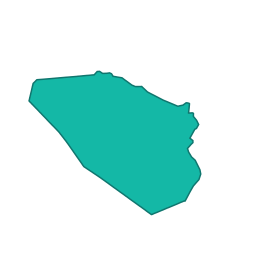 Shamal Jabal Marrah, North Darfur, Sudan, rotated 234°
{"feature_id": "16777658B34833163736503", "entity_name": "Shamal Jabal Marrah", "entity_type": "district", "adm_level": 2, "iso_a3": "SDN", "parent_name": "Sudan", "parent_adm1": "North Darfur", "projection": "albers", "projection_center": [24.528, 13.273], "detail": "fine", "context": "isolated", "style": "filled", "palette": "teal", "viewbox_px": 256, "rotation_deg": 234, "n_neighbors": 0, "source": "geoboundaries", "source_scale": "gbopen_adm2", "svg_char_len": 4082}
<svg xmlns="http://www.w3.org/2000/svg" viewBox="0 0 256 256"><g transform="rotate(234 128 128)"><path d="M35.4,131.2L35.4,131.4L39.9,140.6L42.7,146.8L44.6,155.1L48.0,159.8L51.9,161.6L62.4,163.4L67.2,162.4L72.9,162.9L76.5,164.1L77.7,169.6L78.0,171.9L79.7,173.1L83.4,172.1L87.7,181.3L87.4,183.1L89.3,187.2L93.9,188.0L98.9,187.7L101.3,189.5L101.6,189.5L102.6,188.8L103.0,188.0L103.3,187.6L103.6,187.1L103.9,186.7L104.0,186.6L104.1,186.4L104.3,186.1L104.4,185.9L104.6,185.8L104.8,186.0L105.0,186.2L105.2,186.4L105.5,186.7L105.6,186.8L106.1,187.2L106.4,187.5L106.9,187.9L107.0,188.0L107.3,188.3L107.5,188.5L108.2,189.1L108.4,189.3L108.9,189.7L109.2,190.0L109.6,190.3L109.8,190.5L110.2,190.8L110.5,191.2L110.7,191.3L110.8,191.4L110.9,191.5L111.2,191.7L111.3,191.8L111.5,192.0L111.9,192.0L112.0,191.9L112.3,191.7L112.5,191.6L112.8,191.3L113.0,191.1L113.4,190.8L113.5,190.7L113.7,190.4L113.8,190.3L114.0,190.1L114.2,189.8L114.2,189.6L114.2,189.4L114.2,189.1L114.2,188.6L114.2,188.4L114.2,187.9L114.2,187.7L114.2,187.0L114.2,186.9L114.2,185.9L115.1,183.9L115.3,183.5L116.2,181.3L116.3,181.1L123.1,177.0L125.9,175.3L129.8,172.9L131.4,172.1L137.8,168.9L138.8,168.4L143.7,165.9L145.8,164.9L149.7,164.2L152.2,163.7L153.5,163.5L155.4,160.8L155.8,160.2L157.3,158.2L158.9,157.3L160.5,156.3L160.9,156.2L167.2,154.2L168.4,153.8L168.6,153.7L171.3,152.9L172.0,152.7L172.5,152.3L172.9,151.9L173.2,151.6L173.4,151.4L173.5,151.3L175.3,149.5L177.1,147.8L177.9,147.0L178.3,146.6L178.5,146.5L178.6,146.3L178.8,146.4L179.0,146.4L179.7,146.4L180.2,146.4L180.6,146.5L180.9,146.5L181.2,146.5L181.6,146.5L181.8,146.4L182.0,146.3L182.2,146.2L182.6,145.9L182.9,145.8L183.1,145.7L183.4,145.5L183.6,145.1L183.8,144.7L184.1,144.2L184.4,143.6L184.6,143.2L184.8,142.9L185.0,142.6L185.1,142.4L185.5,141.9L186.0,141.1L186.2,140.8L186.7,140.1L186.8,140.0L186.9,139.9L187.1,139.6L187.3,139.4L187.6,139.3L188.0,139.2L188.6,139.0L188.8,138.9L189.7,138.6L189.8,138.5L190.0,138.5L190.2,138.4L190.5,138.3L190.6,138.2L190.8,137.9L191.0,137.6L191.4,136.8L191.6,136.6L191.7,136.4L191.8,136.3L191.7,136.0L191.7,135.7L191.6,135.3L191.0,132.4L190.9,131.9L191.1,131.5L191.3,131.2L191.7,130.6L192.0,130.1L192.9,128.5L193.8,127.0L194.7,125.6L198.4,119.3L199.1,118.2L200.0,116.6L204.8,108.7L205.5,107.6L212.7,95.6L217.9,87.0L220.4,83.0L220.6,82.5L220.1,79.6L219.9,78.1L219.9,77.9L219.8,77.5L219.7,77.3L219.5,77.2L219.3,76.9L219.2,76.8L219.0,76.6L218.9,76.4L217.2,74.4L216.8,74.0L216.4,73.5L214.2,71.0L213.3,69.9L213.2,69.8L213.1,69.7L210.6,66.8L210.4,66.5L209.3,65.3L208.6,64.5L208.3,64.1L208.2,64.0L208.1,63.9L207.8,63.9L207.5,63.9L207.3,63.9L207.2,64.0L206.7,64.0L206.2,64.1L205.1,64.3L204.9,64.3L204.5,64.3L204.2,64.4L203.9,64.4L203.7,64.4L203.6,64.5L203.3,64.5L203.0,64.5L202.7,64.6L202.3,64.7L202.1,64.7L201.8,64.7L201.5,64.8L201.1,64.8L200.9,64.8L200.5,64.9L200.4,64.9L199.7,65.0L199.4,65.1L198.8,65.1L198.3,65.2L198.1,65.2L197.9,65.3L197.7,65.3L196.4,65.5L196.2,65.5L194.9,65.7L194.0,65.8L193.1,65.9L191.6,66.1L191.4,66.2L190.5,66.3L190.4,66.3L189.7,66.4L189.4,66.4L183.9,67.2L183.2,67.3L182.1,67.4L179.8,67.7L176.3,68.2L176.2,68.3L175.5,68.3L174.1,68.5L173.7,68.6L173.2,68.7L172.4,68.8L168.0,69.4L167.7,69.4L165.9,69.7L165.6,69.7L165.4,69.7L165.2,69.7L164.9,69.8L163.5,69.8L162.8,69.8L162.7,69.8L162.2,69.8L161.7,69.9L161.3,69.9L160.4,69.9L160.0,69.9L158.2,70.0L157.3,70.0L156.6,70.0L155.6,70.0L155.1,70.1L154.8,70.1L152.6,70.1L152.0,70.1L151.4,70.1L151.1,70.1L150.3,70.1L149.4,70.1L144.9,70.0L144.6,70.0L142.9,70.0L140.0,69.9L134.9,69.8L127.1,69.7L124.8,69.6L123.4,69.6L122.7,69.6L104.2,76.4L91.7,80.5L89.2,81.3L87.9,81.7L87.1,82.0L86.5,82.2L85.3,82.6L85.0,82.7L83.4,83.2L83.0,83.4L82.2,83.6L81.3,83.9L80.9,84.0L80.1,84.3L75.9,85.7L74.2,86.2L73.2,86.6L69.3,87.8L66.3,88.8L63.3,89.8L58.1,91.5L57.2,91.8L56.5,92.1L47.6,94.9L46.9,95.2L45.3,95.7L45.0,95.8L44.5,96.0L44.3,96.0L44.2,96.1L44.0,96.5L43.9,96.9L43.6,98.3L43.6,98.5L43.0,100.8L42.8,101.5L40.2,112.7L39.9,113.7L37.7,122.9L36.7,127.5L36.2,129.2L36.2,129.6L36.0,130.2L35.9,130.7L35.8,131.2L35.5,131.2L35.4,131.2Z" fill="#14b8a6" stroke="#0f766e" stroke-width="1.5"/></g></svg>